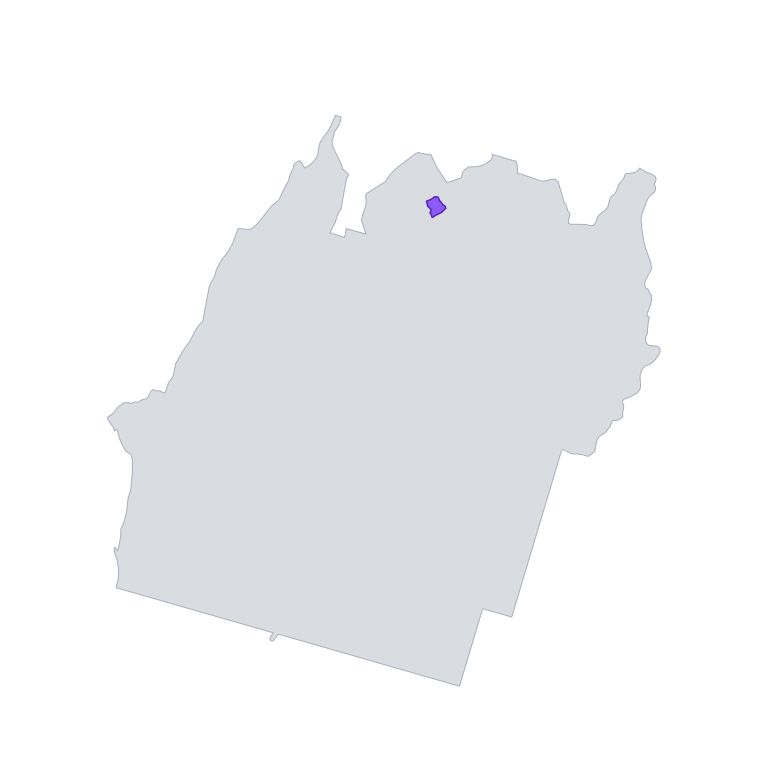 location of Um Durein, South Kordufan, Sudan, rotated 196°
{"feature_id": "16777658B25432504907328", "entity_name": "Um Durein", "entity_type": "district", "adm_level": 2, "iso_a3": "SDN", "parent_name": "Sudan", "parent_adm1": "South Kordufan", "projection": "equal_earth", "projection_center": [30.166, 10.926], "detail": "fine", "context": "in_parent", "style": "filled", "palette": "violet", "viewbox_px": 768, "rotation_deg": 196, "n_neighbors": 0, "source": "geoboundaries", "source_scale": "gbopen_adm2", "svg_char_len": 4901}
<svg xmlns="http://www.w3.org/2000/svg" viewBox="0 0 768 768"><g transform="rotate(196 384 384)"><path d="M504.9,628.8L499.1,628.8L498.5,627.0L498.6,622.0L499.2,618.2L501.3,612.2L500.7,608.9L501.0,604.2L499.5,598.9L485.6,583.5L482.9,579.3L475.4,575.4L476.7,571.1L473.5,539.7L475.0,536.1L475.4,530.6L475.4,525.8L477.1,517.8L477.3,514.4L462.6,514.1L462.4,517.6L463.1,521.5L463.1,523.0L442.6,523.1L450.9,535.4L451.2,540.8L450.8,547.5L450.9,551.8L451.4,554.6L453.6,560.1L453.5,561.2L453.0,562.5L438.5,578.9L436.1,586.5L434.1,590.5L429.9,597.2L416.7,614.8L414.5,616.0L404.4,616.6L403.4,617.0L402.6,617.8L402.2,617.6L393.5,607.3L378.9,594.9L369.3,601.4L366.6,603.7L366.6,609.7L365.1,612.7L362.5,616.0L355.4,618.2L351.7,620.0L347.3,623.3L342.9,628.9L342.6,631.9L343.1,634.5L318.5,634.4L316.9,632.3L313.3,623.0L310.8,623.6L288.4,622.5L285.2,623.5L278.7,627.3L275.5,627.9L272.2,626.2L260.5,607.8L257.9,605.7L255.3,601.3L252.8,599.4L251.9,598.0L251.7,596.0L251.8,592.0L250.9,589.5L249.1,588.9L233.2,593.2L231.0,592.7L227.6,593.5L226.5,594.2L225.1,596.6L224.9,601.6L224.5,604.1L223.2,606.9L218.7,613.1L217.7,615.8L217.8,622.6L217.5,626.1L216.8,627.7L214.8,630.3L214.1,631.8L213.3,640.6L210.8,645.9L210.2,647.8L210.0,651.6L209.6,652.8L202.4,655.8L199.7,657.7L198.1,660.7L197.7,662.0L194.6,660.9L190.7,660.1L183.2,659.2L180.2,657.8L178.8,655.7L179.3,650.4L178.6,649.3L177.4,648.3L176.6,646.0L176.8,643.3L180.8,637.1L181.6,633.9L182.8,618.5L182.5,613.8L179.4,605.2L172.3,590.3L170.6,587.4L161.7,575.2L160.7,573.4L158.6,568.2L161.0,556.9L161.2,553.8L160.6,550.6L158.4,548.1L156.4,547.9L153.7,544.8L152.0,543.5L150.5,540.8L149.5,537.1L150.4,523.8L149.9,522.0L147.6,521.5L147.1,520.6L147.2,518.0L146.0,510.5L144.7,504.2L145.5,500.8L143.6,496.0L140.0,494.0L132.8,495.6L130.6,495.3L129.0,494.4L128.0,492.7L127.5,490.7L128.0,487.6L130.1,481.9L132.7,477.3L137.9,473.1L139.3,470.8L140.1,468.4L140.3,465.5L140.0,462.5L139.4,459.7L137.9,456.1L136.6,451.8L136.6,448.9L137.3,446.9L138.7,444.4L143.9,439.5L149.1,435.4L150.0,434.0L149.7,432.3L147.4,428.9L146.7,422.5L145.4,418.0L148.1,414.6L150.1,413.3L153.2,412.3L154.4,410.9L154.8,408.2L154.7,405.6L155.8,403.6L157.3,399.5L158.5,397.6L162.6,392.8L163.5,389.7L163.8,386.6L162.8,377.5L165.2,373.7L168.1,370.6L172.4,370.8L178.9,370.1L183.4,368.8L186.6,368.8L193.8,370.5L194.6,369.8L195.0,367.4L197.0,195.2L226.8,195.2L227.2,194.9L228.2,114.3L415.3,114.4L416.8,114.1L419.7,106.6L421.0,106.0L422.9,106.5L423.6,108.2L422.0,114.3L585.3,114.3L585.8,123.5L587.3,130.8L592.1,141.4L596.1,147.0L597.6,150.1L597.7,151.6L597.6,152.9L596.3,151.4L594.3,150.3L594.1,155.3L595.2,165.4L597.0,172.5L595.9,179.0L596.2,190.1L598.5,203.5L598.2,212.0L602.0,231.9L605.5,243.0L607.3,245.7L609.4,247.2L613.4,248.1L619.3,253.8L624.0,259.7L625.7,262.8L628.0,266.3L629.5,265.6L630.4,264.7L632.0,267.5L639.4,273.5L640.5,276.2L637.9,278.9L635.0,283.6L633.6,288.0L632.8,289.4L630.4,292.1L630.0,293.4L629.0,294.3L627.8,294.3L625.3,295.8L623.1,295.3L620.8,296.1L620.0,297.2L618.2,298.1L615.7,298.6L612.0,302.3L608.7,304.1L607.5,305.5L605.9,312.9L604.7,314.8L599.7,315.0L597.3,315.6L594.0,314.8L592.4,314.9L592.0,316.5L591.5,322.8L591.6,325.5L588.9,332.7L589.9,346.2L587.3,356.3L587.0,358.6L584.3,366.6L583.0,369.6L579.7,384.6L578.4,389.2L575.5,394.0L578.9,430.1L576.5,441.1L576.7,447.2L575.0,456.1L573.7,460.2L571.5,465.2L569.7,470.8L568.2,478.1L567.2,492.0L566.7,493.3L557.9,495.0L555.1,496.0L553.3,497.6L551.0,501.1L546.6,510.9L544.2,516.9L540.6,525.2L536.3,531.0L535.4,533.8L534.7,539.1L533.2,547.4L531.8,553.4L532.1,558.2L530.7,566.4L531.0,570.5L529.5,572.7L527.4,574.9L526.1,575.4L519.9,569.8L515.6,573.7L512.9,579.0L510.8,584.5L512.1,596.0L512.0,598.5L511.4,601.2L507.3,612.5L506.2,617.7L504.9,626.7L504.9,628.8Z" fill="#d9dde1" stroke="#a8b0b8" stroke-width="1"/><path d="M382.8,577.8L383.3,578.1L383.6,578.4L383.9,578.3L384.2,578.3L384.5,578.5L384.9,578.5L385.3,578.5L385.6,578.3L386.0,578.1L386.3,578.1L386.5,578.0L386.6,577.9L386.9,577.8L387.0,577.8L387.2,577.6L387.8,576.8L388.1,576.4L388.4,576.0L388.7,575.6L389.5,574.6L389.9,574.3L390.0,574.2L391.8,572.7L392.7,572.1L393.4,571.5L393.5,571.4L393.0,570.5L392.2,569.2L391.9,568.4L391.4,567.5L391.0,567.0L390.6,566.7L390.1,566.5L389.6,566.1L389.0,565.9L388.3,565.5L387.4,565.0L386.5,564.7L386.4,564.3L386.6,563.8L386.8,563.0L386.8,562.2L387.0,561.8L387.0,561.5L386.8,561.1L386.6,560.8L386.0,560.4L385.6,560.1L385.3,559.7L383.9,557.8L383.6,557.4L383.5,557.5L383.3,557.8L383.0,558.0L382.6,558.3L382.3,558.6L381.0,560.3L380.7,560.7L380.1,561.1L378.8,562.2L377.3,563.6L376.1,564.6L375.4,566.0L374.4,567.4L374.3,567.7L373.9,568.5L373.6,569.0L373.1,569.9L373.5,570.4L373.6,570.6L373.7,571.2L373.7,571.3L374.0,571.6L374.5,571.8L375.5,572.2L376.4,572.6L377.2,572.8L377.7,573.1L378.7,574.0L379.7,574.9L380.2,575.2L380.9,575.1L381.7,576.2L382.0,576.4L382.0,576.5L382.0,576.8L382.8,577.7L382.8,577.8Z" fill="#8b5cf6" stroke="#5b21b6" stroke-width="1.5"/></g></svg>